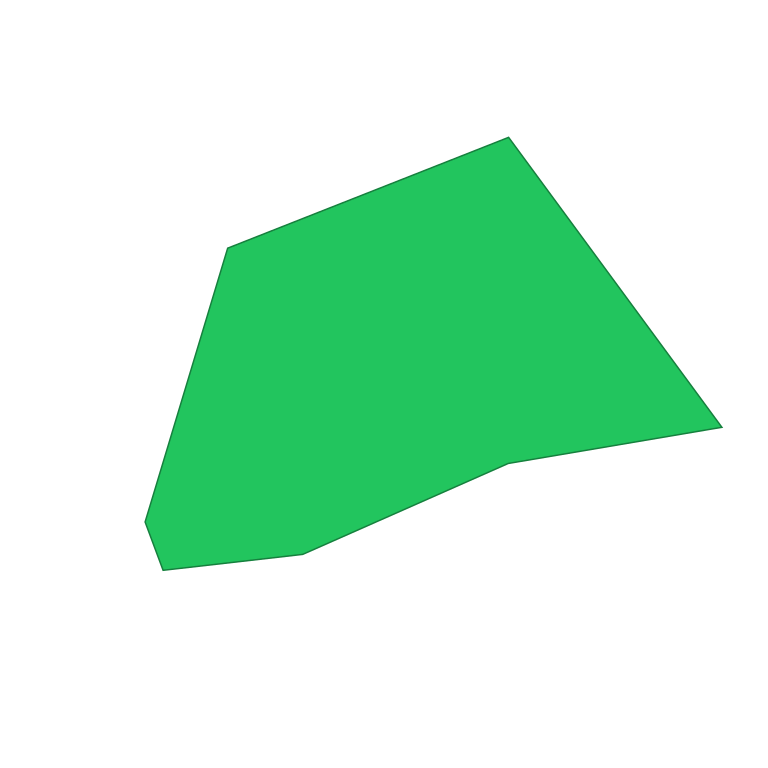 outline of Gamsa, Ad Daqahliyah, Egypt, rotated 153°
{"feature_id": "37247803B6242604579963", "entity_name": "Gamsa", "entity_type": "district", "adm_level": 2, "iso_a3": "EGY", "parent_name": "Egypt", "parent_adm1": "Ad Daqahliyah", "projection": "orthographic", "projection_center": [31.551, 31.44], "detail": "fine", "context": "isolated", "style": "filled", "palette": "green", "viewbox_px": 768, "rotation_deg": 153, "n_neighbors": 0, "source": "geoboundaries", "source_scale": "gbopen_adm2", "svg_char_len": 291}
<svg xmlns="http://www.w3.org/2000/svg" viewBox="0 0 768 768"><g transform="rotate(153 384 384)"><path d="M461.6,576.0L578.7,453.8L659.5,369.5L665.4,318.3L533.8,269.1L309.4,256.8L114.6,195.8L102.6,192.0L161.0,547.2L461.6,576.0Z" fill="#22c55e" stroke="#15803d" stroke-width="1.5"/></g></svg>